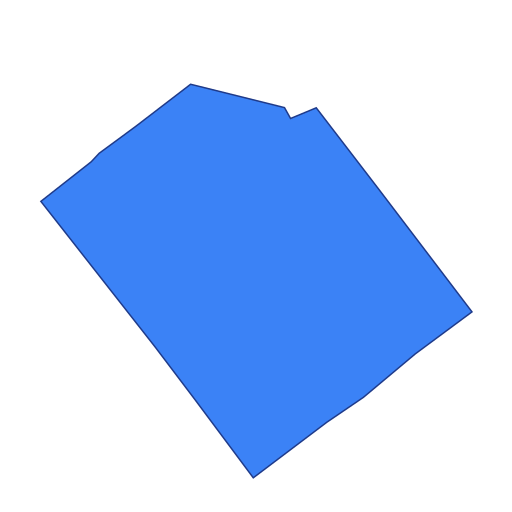 the district of Washington, Missouri, United States of America, rotated 322°
{"feature_id": "52423323B51296070216913", "entity_name": "Washington", "entity_type": "district", "adm_level": 2, "iso_a3": "USA", "parent_name": "United States of America", "parent_adm1": "Missouri", "projection": "natural_earth1", "projection_center": [-90.869, 37.97], "detail": "fine", "context": "isolated", "style": "filled", "palette": "blue", "viewbox_px": 512, "rotation_deg": 322, "n_neighbors": 0, "source": "geoboundaries", "source_scale": "gbopen_adm2", "svg_char_len": 382}
<svg xmlns="http://www.w3.org/2000/svg" viewBox="0 0 512 512"><g transform="rotate(322 256 256)"><path d="M117.3,429.1L209.5,430.6L253.6,433.5L321.3,431.2L391.8,433.0L393.8,282.0L393.9,271.3L394.7,176.3L367.9,168.9L369.8,156.6L310.2,80.4L240.8,79.8L195.7,78.5L184.0,80.3L120.1,80.5L120.5,265.4L119.5,330.8L117.3,429.1Z" fill="#3b82f6" stroke="#1e3a8a" stroke-width="1.5"/></g></svg>